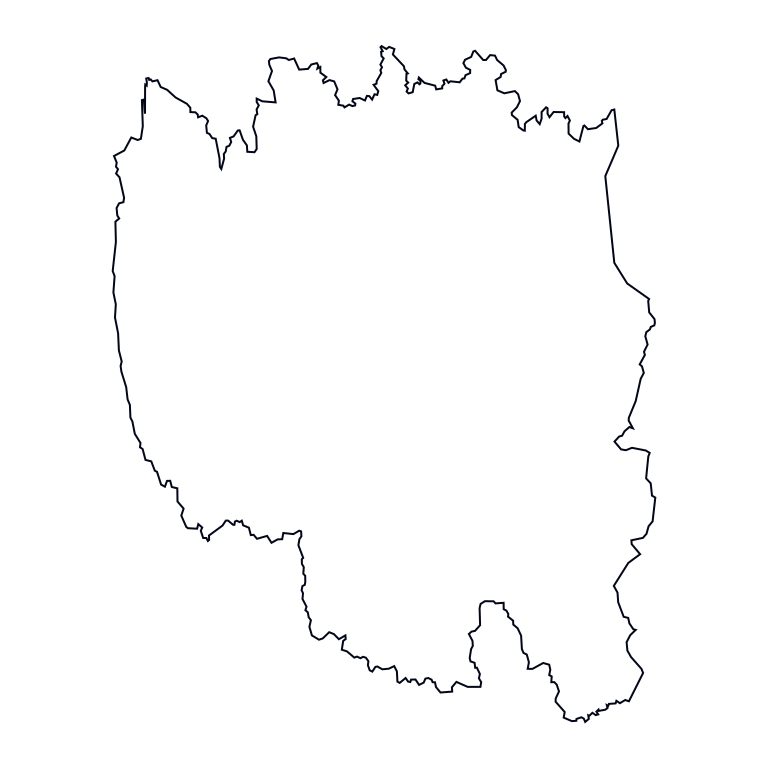 outline of Mindat, Chin, Myanmar
{"feature_id": "60261553B42580025975984", "entity_name": "Mindat", "entity_type": "district", "adm_level": 2, "iso_a3": "MMR", "parent_name": "Myanmar", "parent_adm1": "Chin", "projection": "natural_earth1", "projection_center": [93.412, 21.435], "detail": "fine", "context": "isolated", "style": "outline", "palette": "ink", "viewbox_px": 768, "rotation_deg": 0, "n_neighbors": 0, "source": "geoboundaries", "source_scale": "gbopen_adm2", "svg_char_len": 6006}
<svg xmlns="http://www.w3.org/2000/svg" viewBox="0 0 768 768"><path d="M311.3,64.5L308.0,68.9L299.2,69.6L294.1,58.5L288.8,60.0L286.2,58.3L279.1,57.4L270.4,59.0L268.9,61.1L269.3,64.7L272.0,71.0L268.4,81.2L273.7,90.5L275.6,102.4L262.3,101.3L256.7,98.6L256.7,102.0L258.8,105.4L256.6,109.4L257.3,114.2L255.6,115.2L253.1,126.7L256.3,136.3L256.7,149.0L254.5,152.2L247.3,151.8L246.9,145.4L243.0,139.9L239.6,130.3L237.8,130.5L233.6,136.4L229.9,137.9L231.2,142.0L229.3,145.7L226.5,146.9L225.7,151.5L223.8,154.0L224.1,158.7L221.3,169.0L219.9,166.8L219.5,158.2L215.7,138.7L212.2,138.1L209.5,134.0L206.9,132.8L206.2,125.4L208.1,121.0L206.3,118.2L202.3,115.7L198.1,117.3L197.7,114.5L195.4,112.3L190.4,112.1L190.3,107.7L186.9,103.8L175.6,97.5L167.1,89.8L160.7,87.0L157.5,80.2L152.4,81.4L150.7,79.4L149.2,79.9L148.6,78.0L146.2,78.5L146.9,82.5L146.7,85.6L145.3,84.5L145.1,86.4L145.0,113.7L143.8,99.6L141.9,100.1L142.8,126.2L140.9,138.8L137.7,140.0L131.3,137.5L124.3,150.5L114.0,156.0L116.7,162.6L116.0,166.7L118.0,169.2L116.1,173.6L119.5,177.3L124.1,197.8L123.4,202.2L119.1,203.3L116.6,208.0L117.3,215.5L119.2,218.5L115.4,221.7L115.9,242.0L112.7,271.0L114.6,276.2L113.4,292.5L115.8,304.3L115.0,317.6L118.1,333.3L118.9,350.5L121.7,361.5L120.6,366.0L121.4,371.6L126.2,387.2L127.6,399.4L129.9,405.0L130.4,417.5L132.4,421.5L134.8,433.8L140.5,443.0L140.0,447.3L142.6,449.0L145.5,459.9L151.3,461.4L154.8,470.7L157.0,471.8L161.1,484.6L164.9,486.7L167.0,480.9L170.2,480.8L171.8,487.0L177.3,488.3L177.5,501.5L183.6,508.6L181.3,515.6L186.2,526.8L187.9,528.2L197.1,528.7L198.3,524.1L202.2,527.5L200.8,530.8L203.2,538.0L206.4,538.0L207.9,541.0L209.1,540.0L209.0,535.5L222.5,525.6L225.8,520.6L228.1,520.6L233.1,524.8L234.4,524.8L234.9,521.6L236.6,520.7L239.7,522.1L241.8,520.7L243.1,525.3L248.9,527.7L250.8,535.1L253.6,534.8L257.0,538.8L267.1,535.9L271.5,542.8L277.6,539.4L282.2,539.2L283.3,533.0L293.4,534.1L299.2,530.7L301.1,531.4L301.4,536.3L299.4,539.2L298.4,545.2L303.2,557.9L301.8,559.2L301.9,563.9L303.8,567.2L303.3,573.7L305.2,575.8L305.3,581.8L304.8,584.8L302.4,586.1L301.6,590.3L303.0,593.2L302.5,599.0L306.5,606.7L305.4,610.2L307.8,612.3L308.7,617.3L310.9,620.2L309.4,626.8L311.9,635.4L319.0,639.7L322.8,638.4L329.2,632.2L333.9,634.1L338.9,639.2L345.4,635.4L345.7,639.0L343.2,640.9L341.8,649.7L347.0,651.4L354.3,657.6L357.0,656.6L360.5,658.2L363.0,656.8L365.9,657.7L368.4,661.2L367.9,665.2L369.7,670.3L372.3,671.6L375.4,666.9L377.4,666.5L382.3,669.3L388.8,668.7L394.2,666.1L396.9,671.4L397.4,681.6L399.7,682.9L405.6,678.0L408.1,681.6L410.3,682.0L411.1,679.6L415.5,679.5L419.1,684.9L423.7,682.6L425.4,678.6L428.3,678.0L431.6,679.7L432.6,682.2L435.0,682.3L436.0,687.1L440.5,692.5L452.2,691.6L451.9,687.3L456.4,681.9L467.7,686.9L480.4,686.9L481.2,682.2L478.9,678.3L479.9,674.0L476.9,667.7L475.2,667.8L474.6,662.8L470.5,661.4L469.7,658.0L471.1,649.1L472.8,645.9L472.5,640.9L468.9,634.0L471.5,631.6L475.0,630.9L480.1,625.2L479.6,608.1L480.6,603.9L484.9,601.2L493.6,601.3L495.5,603.4L503.6,602.8L503.7,609.2L506.4,610.6L508.3,614.0L508.0,616.6L513.1,620.7L513.3,624.6L517.6,628.2L521.1,635.6L521.9,649.1L523.5,652.9L526.8,654.6L528.9,662.3L527.7,668.8L532.4,668.9L543.2,663.0L549.2,664.7L550.3,669.6L549.2,675.1L551.7,676.4L551.3,682.2L554.2,682.1L556.7,684.6L559.0,691.4L555.7,698.5L555.6,701.7L564.7,712.0L563.7,717.6L571.8,721.1L576.3,720.8L576.5,718.9L581.4,717.3L583.8,718.6L585.2,721.9L588.8,718.9L588.3,715.3L589.3,715.8L592.4,712.8L595.7,715.1L598.2,714.4L596.4,711.6L598.5,709.6L598.8,710.9L605.3,709.7L607.5,708.1L606.8,705.1L608.2,705.9L608.9,703.9L615.6,703.4L616.4,700.8L619.9,703.2L625.2,700.0L628.9,701.3L643.1,673.0L641.5,668.9L631.0,657.0L627.4,650.6L626.6,642.2L630.2,635.2L635.7,629.9L633.3,629.2L629.4,623.4L628.2,617.9L623.7,616.8L618.2,602.3L617.5,592.6L613.8,585.9L628.3,562.9L640.1,554.2L631.7,544.2L631.4,540.3L642.9,537.9L646.5,533.8L648.6,526.2L652.6,521.4L655.3,497.6L652.0,495.6L650.7,483.3L646.1,478.4L648.3,456.5L649.7,452.9L645.8,450.5L632.0,447.8L625.9,450.2L621.1,449.4L614.5,441.6L619.2,436.5L622.1,435.7L624.5,431.3L629.4,427.0L632.9,428.3L628.7,420.6L628.8,417.9L635.7,401.1L640.7,378.8L643.8,372.9L642.0,366.4L639.7,364.4L644.9,354.9L644.0,351.8L647.6,344.5L645.3,336.3L646.3,332.2L649.9,329.4L650.8,326.9L654.3,325.4L654.9,322.8L654.5,319.1L649.2,312.4L648.2,300.9L649.1,299.0L627.2,283.5L614.3,262.8L605.3,176.1L618.3,145.7L614.3,109.5L611.6,110.2L606.6,119.0L602.8,119.7L601.8,120.9L602.4,123.4L596.2,128.0L587.9,129.2L584.4,125.5L583.4,126.1L579.4,141.5L574.0,138.8L568.6,133.6L568.5,123.5L569.9,120.6L567.5,116.0L565.4,118.1L564.2,116.5L564.1,112.2L553.6,112.0L549.5,117.2L547.5,113.6L547.6,108.3L546.1,107.3L541.6,112.0L541.6,118.6L539.7,124.1L536.6,120.5L535.7,115.7L526.3,122.2L524.9,123.9L524.8,130.7L523.3,130.4L518.7,127.1L517.6,119.8L511.9,115.0L511.7,112.6L516.9,107.3L520.0,101.1L518.1,94.2L514.9,91.1L504.3,93.3L497.4,90.3L495.6,80.1L500.6,77.0L501.1,74.0L505.6,71.8L505.9,70.2L503.6,65.5L497.1,60.0L495.0,55.6L490.1,55.1L486.0,60.0L483.2,60.0L475.1,50.8L473.3,51.5L471.2,56.9L465.1,59.7L463.4,63.1L465.9,67.7L470.2,69.9L470.1,73.1L465.5,75.2L464.4,78.4L462.4,78.7L459.7,82.3L450.4,81.3L448.5,82.8L446.3,79.5L443.4,80.5L444.5,83.7L442.2,86.2L442.2,88.4L436.2,89.4L435.2,85.7L424.5,82.9L418.9,77.5L418.4,79.2L420.4,80.8L420.4,83.5L419.5,84.3L417.4,82.4L414.3,84.0L412.7,92.2L408.5,93.4L406.6,91.5L407.9,88.6L405.2,85.3L408.2,82.6L406.2,80.6L406.5,73.7L407.8,73.4L404.5,69.4L403.9,66.2L392.9,54.5L394.4,49.0L389.2,46.9L386.3,49.0L381.6,46.1L380.5,47.2L382.7,51.2L381.1,51.7L381.5,56.2L383.7,58.4L380.4,64.6L382.0,67.2L380.4,70.3L381.3,72.9L376.7,81.0L376.5,83.7L373.6,84.8L378.3,91.2L377.2,94.9L374.5,94.3L372.1,99.6L369.3,96.1L366.9,95.9L365.0,100.5L359.7,98.0L353.1,99.0L352.4,101.2L355.4,103.6L355.1,105.4L352.4,106.1L349.1,104.6L344.5,107.4L343.4,105.7L338.3,104.8L338.9,100.7L335.1,95.1L337.5,89.3L334.2,81.4L329.5,80.1L323.6,83.0L322.9,80.3L326.3,77.0L320.4,72.7L320.3,67.0L317.4,68.6L318.3,65.6L316.9,63.1L311.3,64.5Z" fill="none" stroke="#020617" stroke-width="2"/></svg>